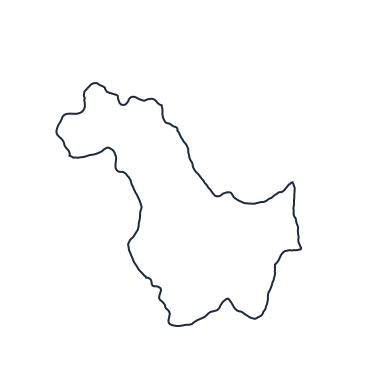 outline of VIII-2 Lower Potaro/Ladsm, Potaro-Siparuni, Guyana, rotated 333°
{"feature_id": "73187651B19999842805850", "entity_name": "VIII-2 Lower Potaro/Ladsm", "entity_type": "district", "adm_level": 2, "iso_a3": "GUY", "parent_name": "Guyana", "parent_adm1": "Potaro-Siparuni", "projection": "robinson", "projection_center": [-59.037, 4.863], "detail": "fine", "context": "isolated", "style": "outline", "palette": "slate", "viewbox_px": 384, "rotation_deg": 333, "n_neighbors": 0, "source": "geoboundaries", "source_scale": "gbopen_adm2", "svg_char_len": 6053}
<svg xmlns="http://www.w3.org/2000/svg" viewBox="0 0 384 384"><g transform="rotate(333 192 192)"><path d="M204.4,101.1L202.8,99.3L201.9,97.4L201.2,94.5L200.7,93.1L199.9,92.0L199.0,91.0L197.7,90.3L196.0,89.7L194.8,89.4L193.6,89.2L192.3,89.2L190.9,89.0L189.8,88.2L189.0,87.2L187.9,86.2L186.5,84.5L184.7,81.8L183.4,80.7L181.9,80.0L180.5,79.8L178.9,80.3L177.6,80.9L176.6,82.1L173.3,83.6L172.0,83.8L170.6,83.4L169.5,82.7L168.4,81.7L167.9,79.8L168.2,77.9L168.3,75.7L169.0,74.1L169.5,72.5L168.9,71.3L167.7,70.2L166.0,68.6L164.8,67.3L163.7,66.5L162.7,65.2L161.8,64.4L161.5,62.7L161.4,61.0L161.7,59.4L161.0,58.1L160.0,56.7L158.8,55.3L157.8,54.0L157.3,52.7L156.4,51.6L154.8,50.8L153.5,50.4L152.3,50.3L150.6,50.4L149.0,51.1L147.3,51.6L145.6,52.2L144.2,52.8L142.2,53.4L141.2,54.3L139.3,57.2L139.2,58.7L138.8,60.2L137.7,61.2L137.2,63.0L136.6,64.6L136.0,65.9L135.3,67.3L134.2,68.4L133.1,69.3L131.9,70.0L130.5,70.5L129.1,70.7L127.4,70.6L126.2,70.3L124.5,69.9L122.9,69.0L118.1,66.4L116.1,65.7L114.8,65.4L113.1,65.4L111.6,65.8L110.1,66.8L109.1,67.8L107.8,68.8L106.6,69.7L104.1,71.2L103.0,71.9L100.5,74.2L99.6,75.2L98.6,76.7L98.1,78.0L98.0,79.9L98.6,82.1L99.2,83.8L99.8,85.2L100.1,86.6L100.3,88.0L100.3,89.7L99.6,92.6L99.7,94.4L100.1,96.2L100.5,97.7L100.8,99.3L100.7,101.1L100.5,102.5L99.3,104.0L100.9,105.8L101.9,107.6L103.2,108.0L104.8,109.0L106.0,109.8L107.5,110.1L109.2,110.8L112.1,111.8L113.8,112.1L116.9,112.5L120.3,113.6L122.0,114.1L123.9,114.5L125.9,114.7L128.8,114.8L130.0,114.8L131.5,114.5L132.9,114.1L134.5,113.9L136.2,113.9L137.4,114.4L138.5,115.4L139.4,117.0L140.4,118.5L140.7,120.0L140.9,121.8L140.6,123.4L140.5,124.9L140.2,126.3L139.6,127.8L138.5,129.4L137.6,130.8L136.7,132.2L135.6,134.0L135.0,135.5L134.7,137.5L135.1,139.0L135.7,140.3L136.8,141.2L138.0,141.9L139.4,142.7L140.4,143.9L141.3,145.5L141.6,147.0L141.8,148.5L142.3,149.8L142.5,151.7L142.6,153.7L141.7,157.7L141.8,159.4L141.7,160.9L141.5,162.8L141.4,166.7L141.6,168.5L141.6,170.3L141.5,174.1L141.4,175.9L141.2,177.5L140.9,179.3L140.6,180.9L140.3,182.5L139.4,183.7L137.8,185.2L136.6,186.7L135.5,188.4L134.9,189.7L134.0,191.2L133.0,192.6L131.9,193.9L130.8,195.1L129.9,196.5L129.1,198.0L128.0,199.4L126.6,201.0L124.9,202.1L123.5,202.8L121.9,203.8L119.8,205.1L118.1,205.7L116.5,206.1L114.8,206.8L113.4,207.9L112.1,208.8L111.1,210.0L110.7,211.7L110.0,213.6L109.5,215.1L109.4,217.3L109.2,219.5L109.0,221.0L109.0,222.7L108.8,224.6L108.7,226.2L108.5,227.9L108.6,229.2L109.0,232.3L109.4,237.1L109.8,238.7L110.9,242.2L111.6,245.0L112.4,246.3L112.2,247.5L113.7,248.4L114.6,249.4L115.3,250.7L115.5,252.2L115.1,253.6L114.5,255.3L114.3,257.3L115.0,258.5L116.2,259.2L117.5,259.8L118.5,260.7L119.6,262.2L120.3,263.6L119.9,265.2L118.9,266.5L118.0,267.5L117.0,268.4L115.8,269.7L115.1,270.7L114.4,272.0L114.5,273.4L115.3,275.3L115.8,276.6L116.4,278.8L116.6,280.6L116.0,282.2L116.0,283.9L116.6,285.3L117.1,286.8L117.3,288.7L117.0,290.2L116.1,291.5L115.0,292.9L113.9,294.3L112.9,295.5L112.1,297.0L112.0,298.8L112.7,300.1L113.6,301.3L114.9,302.5L117.4,304.3L119.0,305.2L120.3,305.7L122.8,306.6L125.5,307.4L126.9,307.8L128.1,308.5L129.4,309.0L131.0,309.5L132.3,309.5L133.7,309.1L135.6,308.9L138.1,308.6L144.7,309.0L146.3,309.0L147.9,308.7L149.1,308.4L150.2,308.0L151.6,307.6L152.9,307.4L154.3,307.3L157.0,308.0L158.2,308.2L159.7,308.6L161.3,308.6L163.0,308.1L164.1,307.5L165.3,306.4L166.4,305.7L168.9,304.3L170.1,303.7L172.7,303.3L174.1,302.9L175.7,303.4L176.3,304.9L176.5,306.6L176.8,308.0L177.0,311.5L177.1,313.4L177.3,315.3L177.8,316.7L178.5,318.3L179.6,319.5L181.2,320.7L182.0,321.6L183.6,324.7L186.3,329.4L187.1,330.5L188.2,331.6L189.5,332.8L190.8,333.7L192.3,333.7L193.7,333.6L195.1,333.7L197.4,333.6L198.9,333.0L200.2,332.2L201.3,331.0L202.7,330.5L204.1,329.7L206.4,327.2L207.6,326.2L209.6,323.9L210.4,322.8L211.2,321.6L211.7,320.4L213.2,317.8L214.3,316.6L215.5,315.6L217.0,314.7L218.1,313.7L220.8,311.3L222.0,309.9L222.9,308.9L224.1,308.1L225.3,306.9L226.2,305.7L227.5,304.3L228.4,303.2L229.4,301.7L229.7,300.3L230.6,299.2L231.3,297.5L233.0,294.4L234.5,293.8L236.0,293.3L238.7,291.8L239.7,290.9L240.8,290.1L242.0,289.1L243.3,288.2L245.0,287.6L246.1,287.1L248.0,286.8L250.8,287.7L251.9,287.9L253.6,288.8L255.0,289.7L256.5,290.1L257.9,290.9L259.1,291.4L261.1,291.9L262.7,292.5L263.6,291.8L263.9,290.9L263.8,289.4L264.0,288.0L264.0,286.6L264.2,284.9L264.7,283.4L265.5,282.0L266.6,280.5L267.0,279.1L267.6,277.5L268.1,276.0L269.0,274.0L270.0,272.7L270.6,271.3L270.9,269.4L270.9,267.9L271.2,266.4L272.4,262.7L272.1,260.6L272.1,259.0L272.7,257.3L273.8,255.5L275.2,252.1L276.3,250.8L278.1,247.8L279.1,245.7L280.2,244.1L281.0,242.6L281.8,241.1L283.6,238.1L284.5,236.5L285.2,235.4L285.5,234.0L285.8,231.3L286.0,229.0L283.9,228.9L282.7,229.4L281.3,229.4L280.0,230.1L278.3,230.8L276.7,231.6L275.5,232.1L273.9,232.5L272.4,232.8L271.0,232.4L269.6,231.8L268.2,231.8L266.7,232.2L265.3,232.2L264.0,232.3L262.6,232.7L260.0,233.3L258.4,233.1L256.7,233.1L254.9,233.6L253.6,233.6L252.0,233.5L250.8,233.2L249.7,232.6L248.2,232.1L246.9,231.8L245.7,231.5L242.8,230.9L241.3,230.3L240.0,229.5L236.9,227.8L235.6,226.9L234.3,226.2L232.9,224.9L231.2,222.7L229.5,220.5L228.4,218.6L227.4,217.0L226.8,215.3L226.8,213.5L226.6,211.9L226.3,210.4L225.4,209.4L224.3,208.8L222.8,208.1L221.1,207.9L218.5,207.5L217.0,208.0L215.6,208.2L213.9,208.0L212.2,207.1L210.9,205.9L210.4,204.2L210.0,202.8L209.5,199.1L209.1,197.4L208.6,195.7L208.4,194.2L208.3,192.8L208.0,191.4L207.5,189.8L207.4,187.5L206.8,185.2L206.4,182.9L206.0,180.5L205.5,178.3L204.8,176.4L204.4,174.6L204.2,173.1L204.2,171.4L204.4,169.4L205.1,167.6L205.4,165.9L205.2,164.5L205.1,161.7L205.3,160.0L206.0,158.2L206.5,156.1L206.8,154.4L207.6,153.3L208.2,152.0L208.3,150.0L208.4,148.7L208.4,147.0L208.0,145.3L207.5,143.5L207.5,141.7L207.2,139.6L207.1,137.4L207.2,135.3L207.2,133.9L207.3,132.5L206.8,130.6L207.7,129.4L207.7,127.9L206.8,126.5L205.4,125.2L204.5,123.9L203.9,122.5L203.0,120.9L201.4,119.6L200.2,118.3L199.9,116.9L199.8,113.3L200.1,112.0L200.7,110.0L201.2,108.6L202.1,107.2L202.8,105.9L203.4,104.3L203.7,102.6L204.4,101.1Z" fill="none" stroke="#1e293b" stroke-width="2"/></g></svg>